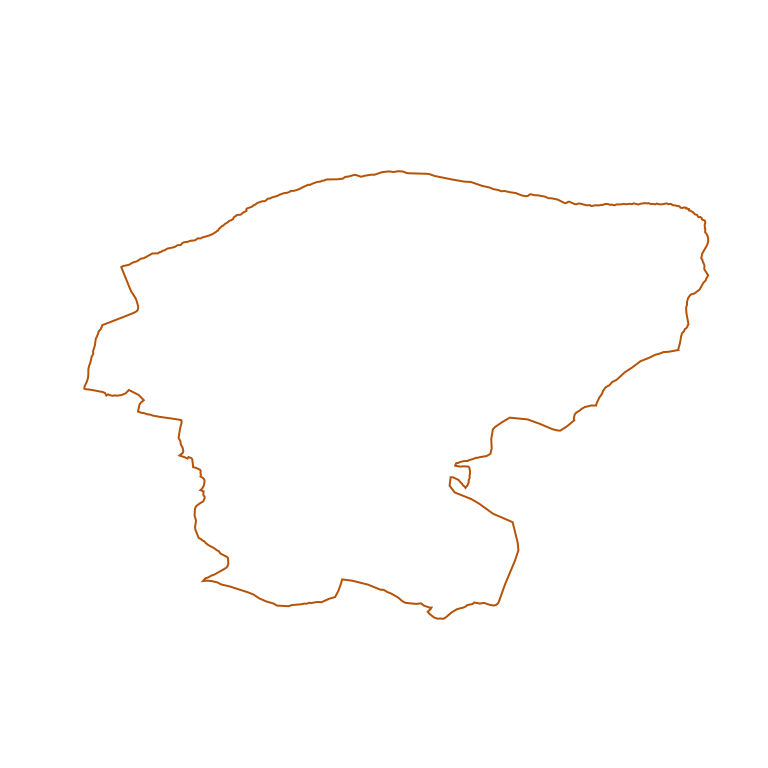 the district of Tsihombe, Androy, Madagascar, rotated 193°
{"feature_id": "10022922B95964642483948", "entity_name": "Tsihombe", "entity_type": "district", "adm_level": 2, "iso_a3": "MDG", "parent_name": "Madagascar", "parent_adm1": "Androy", "projection": "mercator", "projection_center": [45.465, -25.344], "detail": "fine", "context": "isolated", "style": "outline", "palette": "amber", "viewbox_px": 768, "rotation_deg": 193, "n_neighbors": 0, "source": "geoboundaries", "source_scale": "gbopen_adm2", "svg_char_len": 6156}
<svg xmlns="http://www.w3.org/2000/svg" viewBox="0 0 768 768"><g transform="rotate(193 384 384)"><path d="M92.6,562.8L97.4,567.5L97.8,568.1L98.5,571.8L101.2,575.3L101.6,576.6L103.0,577.6L103.2,578.1L103.2,582.9L100.4,592.2L100.2,595.8L100.9,598.9L101.9,600.8L103.4,602.7L105.3,604.2L105.8,607.4L106.5,608.0L106.4,608.4L107.2,610.6L107.4,612.1L107.2,612.7L107.3,613.7L108.2,615.4L110.8,615.7L111.3,616.0L111.6,617.0L113.2,617.9L114.8,617.3L115.7,617.7L116.9,619.1L119.2,619.3L121.7,620.9L124.7,621.8L126.0,621.7L126.2,623.0L129.0,623.0L128.9,623.6L129.3,623.8L131.5,623.5L132.7,622.6L134.8,622.5L135.5,623.2L137.0,623.7L138.0,623.3L139.9,623.6L143.0,623.2L144.9,624.0L147.1,623.3L149.2,623.5L153.9,621.5L156.1,621.0L158.9,621.1L160.0,620.1L162.7,619.9L164.5,619.4L167.0,619.7L167.5,619.3L171.3,618.8L171.8,618.3L174.4,617.5L176.6,616.1L181.2,616.2L182.9,615.0L184.4,615.0L189.3,613.4L190.7,613.5L193.8,612.2L197.8,611.3L199.5,610.0L202.3,610.0L204.3,609.4L206.5,609.8L209.7,608.8L211.3,607.5L212.5,607.5L214.9,606.3L217.9,605.8L222.2,604.0L223.3,604.6L226.9,603.7L233.4,603.9L235.0,603.6L237.3,602.3L238.6,602.2L244.6,603.3L245.7,602.8L247.4,601.1L248.5,600.9L256.5,602.8L262.9,602.6L265.3,602.0L269.6,602.8L271.4,602.7L276.6,602.5L279.6,601.8L283.7,601.9L284.8,601.3L285.7,600.0L287.9,598.9L291.8,598.7L298.7,599.7L304.2,599.2L309.8,599.2L313.1,598.2L316.2,598.7L321.1,598.5L325.7,599.2L332.8,599.1L344.9,600.4L350.8,599.3L363.3,598.6L381.3,598.1L386.8,598.7L389.4,598.5L407.8,594.8L409.6,594.7L413.3,595.3L417.8,594.6L422.4,592.7L426.9,592.3L433.7,589.9L440.3,585.8L443.7,585.0L448.9,582.9L453.0,580.8L458.2,581.3L459.7,581.2L465.4,578.1L468.3,577.1L470.4,574.8L476.0,572.8L485.7,570.5L488.5,568.6L490.0,568.2L490.8,567.3L494.8,565.7L499.1,562.9L500.8,561.4L502.7,561.1L509.0,556.2L509.5,555.5L512.5,553.5L515.5,551.8L518.4,551.2L519.0,550.1L521.3,548.6L524.3,547.5L528.3,545.0L530.0,543.4L535.1,540.6L537.2,538.9L538.7,538.6L541.1,535.4L544.1,534.5L548.2,531.8L550.3,529.4L551.7,528.6L552.0,527.5L557.1,524.1L557.4,523.5L557.3,522.6L556.9,521.8L560.1,519.1L561.1,517.4L561.9,516.7L565.0,515.7L566.5,514.1L567.9,512.6L568.1,510.7L570.2,508.8L571.5,508.2L572.7,506.3L574.7,504.5L576.2,502.3L577.5,501.4L579.9,497.6L580.1,496.3L581.3,495.4L581.7,494.6L584.7,491.6L588.0,489.2L594.0,485.9L595.4,484.6L598.2,484.0L600.6,481.4L604.9,480.0L607.5,478.2L609.2,477.8L611.5,476.6L612.6,475.4L613.3,473.7L616.4,472.8L619.0,470.2L625.7,467.1L628.0,464.8L629.9,463.9L630.6,462.8L632.4,461.9L633.5,460.5L639.2,459.0L644.8,453.9L646.5,452.5L649.1,451.4L652.4,447.9L656.0,445.9L659.4,442.7L664.6,440.3L666.3,438.8L653.4,420.4L651.0,417.2L645.8,412.2L644.0,409.8L640.9,404.2L640.6,402.3L640.8,400.1L642.4,398.2L644.7,396.4L671.8,377.9L671.8,376.1L672.3,375.0L672.3,373.9L673.8,371.1L674.0,367.9L675.0,363.0L674.4,356.4L674.9,350.1L674.2,348.5L674.5,346.1L675.0,345.3L674.9,339.3L675.4,335.4L675.4,332.1L674.0,325.6L673.8,322.7L674.1,319.3L675.2,314.6L675.1,312.6L674.9,312.0L673.6,311.8L669.1,312.4L656.6,312.9L653.9,312.5L651.9,310.3L651.0,311.5L650.1,311.9L649.1,311.4L645.5,311.5L644.0,312.3L641.1,312.7L637.2,314.2L633.6,316.8L631.2,320.8L620.5,318.1L614.4,314.2L616.7,311.2L617.6,308.9L617.5,301.8L613.8,301.4L611.1,301.6L607.6,301.2L605.0,301.6L602.0,301.2L594.3,301.6L579.4,302.9L573.4,303.2L573.1,302.9L572.5,300.7L572.7,294.8L572.1,285.9L571.5,284.5L569.7,282.8L568.4,279.5L565.9,276.6L564.4,273.4L564.5,271.8L567.2,268.3L562.3,267.9L558.7,267.1L558.0,268.9L554.9,268.4L553.8,267.3L551.2,260.0L548.2,260.0L544.2,259.1L543.1,258.3L542.8,255.9L542.1,254.9L542.0,252.6L539.6,251.9L537.5,250.4L536.9,248.5L536.7,244.5L537.8,240.8L539.0,239.3L535.6,238.8L535.3,236.2L534.8,234.8L533.5,233.9L533.1,232.6L533.7,228.9L536.6,226.3L539.3,223.0L540.0,221.2L540.0,219.3L539.0,213.3L536.4,208.5L535.9,201.9L534.9,199.4L529.9,192.3L527.7,191.8L526.0,190.8L523.5,190.2L522.5,189.3L519.2,187.6L512.8,185.9L509.3,184.4L507.3,183.9L505.6,182.3L504.8,181.9L498.7,180.4L497.2,179.8L496.6,178.5L495.2,173.5L495.6,170.7L496.8,169.0L506.5,160.1L509.1,158.5L511.6,156.1L514.3,154.5L516.0,151.3L512.5,152.5L507.9,153.2L501.4,153.2L499.8,152.6L496.6,152.0L489.7,152.1L469.5,150.4L463.8,149.5L457.4,147.1L450.2,145.7L442.0,145.2L438.6,144.0L427.0,146.0L424.0,147.9L415.2,150.7L412.1,152.2L410.0,152.5L407.5,154.1L405.9,154.1L400.0,156.6L395.8,157.3L388.9,162.6L383.7,165.4L382.0,171.9L381.1,178.6L380.8,184.2L370.6,185.2L354.4,184.9L341.2,182.8L338.3,183.3L337.0,183.1L333.8,182.0L329.7,181.4L325.3,180.1L322.0,179.0L317.0,176.4L313.7,175.6L302.9,177.0L298.8,178.6L294.9,177.0L289.1,176.4L287.5,176.8L288.0,175.2L290.2,171.9L289.4,171.5L288.5,170.5L282.8,167.8L278.8,167.4L276.2,168.2L273.2,168.6L271.4,170.4L266.6,176.8L262.0,181.2L256.4,184.0L254.0,185.9L253.3,187.2L248.3,189.5L246.9,191.4L241.3,191.6L237.3,193.2L230.7,192.6L227.7,192.8L225.3,193.7L223.6,195.8L223.0,198.6L221.0,216.0L216.7,241.1L215.6,252.1L218.1,259.6L227.6,278.3L248.5,282.1L264.6,288.9L273.4,291.6L290.6,294.2L297.2,299.6L298.1,308.1L295.8,308.6L289.8,307.3L286.9,305.1L285.5,304.4L284.2,302.9L282.8,302.4L281.2,301.1L279.8,304.3L279.3,307.6L279.9,309.0L279.4,312.1L280.1,313.9L280.0,315.6L280.5,318.1L282.1,321.7L283.0,322.5L287.4,321.8L291.3,320.6L296.3,320.4L295.9,323.0L294.8,323.6L294.1,323.6L292.7,324.9L288.7,326.9L285.2,327.8L284.3,328.8L280.3,331.0L277.8,332.8L275.7,333.3L274.6,334.1L267.8,336.9L264.6,339.9L264.6,345.6L267.1,354.3L267.7,364.3L266.0,367.2L260.1,373.6L253.9,379.5L236.0,381.8L223.1,380.2L210.0,377.9L204.1,377.8L201.8,378.2L196.3,383.8L190.4,391.5L191.3,392.8L191.3,397.4L190.1,399.5L187.5,402.0L185.9,404.2L183.3,406.6L177.2,409.7L172.5,410.7L172.5,412.9L171.2,419.0L169.3,423.7L169.1,426.2L167.4,430.5L164.0,433.6L162.1,437.3L158.3,440.4L152.0,449.6L145.9,455.9L139.2,463.9L131.0,469.6L126.8,473.2L122.1,475.7L119.0,477.9L114.0,479.4L104.9,483.3L105.1,483.5L104.8,490.3L105.2,497.3L105.0,500.5L103.6,502.8L103.2,505.2L102.1,506.2L101.3,508.0L101.3,509.5L100.7,510.5L105.1,520.7L106.8,526.1L106.6,529.5L107.2,532.0L107.1,535.7L105.9,539.0L104.7,540.6L101.9,542.0L97.7,547.1L95.7,554.2L93.9,557.2L93.6,559.9L93.1,560.7L92.6,562.8Z" fill="none" stroke="#b45309" stroke-width="2"/></g></svg>